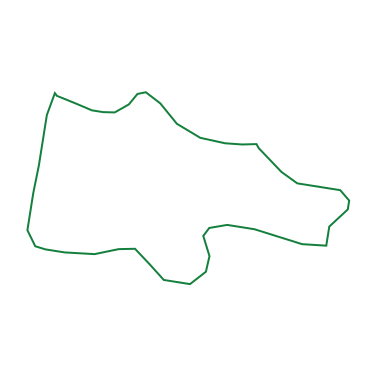 outline of Glasgow, rotated 9°
{"feature_id": "GBR-2004", "entity_name": "Glasgow", "entity_type": "Unitary District (city)", "adm_level": 1, "iso_a3": "GBR", "parent_name": "United Kingdom", "parent_adm1": "", "projection": "robinson", "projection_center": [-4.241, 55.85], "detail": "fine", "context": "isolated", "style": "outline", "palette": "green", "viewbox_px": 384, "rotation_deg": 9, "n_neighbors": 0, "source": "natural_earth", "source_scale": "10m", "svg_char_len": 747}
<svg xmlns="http://www.w3.org/2000/svg" viewBox="0 0 384 384"><g transform="rotate(9 192 192)"><path d="M36.6,172.9L36.6,166.4L36.6,138.7L41.1,115.8L43.6,118.2L63.1,122.7L80.3,127.0L91.7,127.0L103.2,125.5L115.9,115.4L122.8,103.7L130.8,100.7L146.9,109.5L166.4,127.0L191.7,137.2L217.0,138.7L234.2,137.2L248.2,134.6L251.1,138.3L277.2,158.2L294.6,167.0L319.0,167.0L338.1,167.0L348.6,175.9L348.6,184.8L333.0,204.7L333.0,224.0L308.9,226.3L259.5,219.0L231.9,219.0L214.7,224.8L210.0,233.6L219.3,252.6L218.2,268.6L204.4,283.3L177.9,283.3L165.3,273.1L162.6,270.9L144.6,257.0L128.5,259.9L105.5,268.6L75.6,271.6L56.1,271.6L45.7,270.1L35.4,255.5L35.4,235.2L35.4,233.6L35.4,217.6L36.6,189.8L36.6,172.9Z" fill="none" stroke="#15803d" stroke-width="2"/></g></svg>